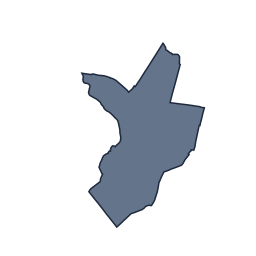 Tinosu, Prahova, Romania (Albers equal-area conic projection), rotated 211°
{"feature_id": "2599482B48682936712287", "entity_name": "Tinosu", "entity_type": "district", "adm_level": 2, "iso_a3": "ROU", "parent_name": "Romania", "parent_adm1": "Prahova", "projection": "albers", "projection_center": [26.021, 44.814], "detail": "fine", "context": "isolated", "style": "filled", "palette": "slate", "viewbox_px": 256, "rotation_deg": 211, "n_neighbors": 0, "source": "geoboundaries", "source_scale": "gbopen_adm2", "svg_char_len": 5562}
<svg xmlns="http://www.w3.org/2000/svg" viewBox="0 0 256 256"><g transform="rotate(211 128 128)"><path d="M195.3,151.4L195.8,151.2L195.4,150.9L194.1,150.2L193.5,149.8L193.1,149.5L192.9,149.1L192.6,148.7L192.4,148.1L191.9,147.0L191.6,146.3L191.4,146.0L191.1,145.7L190.6,145.1L190.1,144.7L189.8,144.5L189.4,144.3L188.6,144.2L188.3,144.3L187.8,144.4L187.4,144.6L186.6,144.9L185.8,145.2L185.3,145.3L184.9,145.3L184.3,145.3L183.8,145.3L183.4,145.1L182.8,144.8L182.3,144.5L182.0,144.1L181.8,143.5L181.5,142.5L181.5,142.1L181.4,141.8L181.2,141.5L181.1,141.1L181.0,140.8L180.8,140.3L180.6,139.5L180.3,138.6L180.2,138.2L179.6,137.6L179.1,137.2L178.6,136.8L178.1,136.5L177.7,136.4L177.3,136.3L176.4,136.3L174.5,136.4L172.6,136.4L171.5,136.5L170.1,136.5L169.2,136.5L168.1,136.3L166.7,136.1L165.9,136.0L165.3,135.8L164.7,135.6L164.3,135.4L163.9,135.1L163.4,134.7L162.7,134.4L162.0,134.1L161.4,134.0L160.7,133.9L160.0,133.6L159.6,133.3L159.1,132.8L158.4,132.4L157.7,132.2L156.1,131.8L155.2,131.7L154.4,131.8L153.9,131.8L153.6,131.8L153.0,131.9L152.4,131.9L151.9,131.8L150.9,131.7L150.0,131.6L148.6,131.2L147.7,131.0L146.9,130.8L146.4,130.7L145.5,130.4L144.5,130.1L143.8,129.9L142.8,129.8L142.0,129.6L141.2,129.3L140.4,128.8L139.3,127.9L138.4,126.9L136.0,124.4L134.6,122.8L134.0,122.2L133.2,120.9L132.6,120.0L131.9,119.0L130.6,117.7L129.6,116.5L128.9,115.3L128.6,114.7L128.3,114.1L128.1,113.6L128.0,113.2L127.9,112.5L127.8,111.9L127.9,111.1L128.2,109.7L128.6,108.6L129.0,107.3L129.2,106.1L129.2,105.4L129.5,105.4L131.0,105.3L131.6,105.0L131.9,104.9L132.0,104.5L132.1,104.3L132.3,104.0L132.3,103.7L132.3,103.2L132.3,102.6L132.4,102.1L132.2,101.7L132.0,101.1L132.0,100.8L131.9,100.6L131.9,100.2L131.6,99.8L131.5,99.6L131.3,99.3L131.2,99.2L131.4,99.1L131.6,99.0L131.9,98.8L132.1,98.5L132.2,98.3L132.2,98.1L132.2,97.8L132.3,97.4L132.3,97.0L132.4,96.8L132.3,96.6L132.2,96.3L132.1,96.0L132.0,95.9L132.2,95.6L132.4,95.5L132.6,95.3L132.8,95.1L133.0,94.9L133.2,94.6L133.3,94.5L133.4,94.3L133.5,94.1L133.6,93.8L133.8,93.4L134.0,93.1L134.1,92.8L134.2,92.5L134.3,92.2L134.4,91.9L134.5,91.8L134.5,91.6L134.7,91.3L134.7,91.1L134.6,90.8L134.5,90.4L134.5,90.0L134.5,89.3L134.4,89.0L134.4,88.6L134.3,88.3L134.2,87.9L134.2,87.4L134.1,87.1L134.1,86.7L134.0,86.3L133.9,86.0L133.9,85.7L133.9,85.4L133.9,85.1L133.9,84.9L133.9,84.6L133.9,84.2L133.8,83.9L133.7,83.5L133.6,83.1L133.4,82.6L133.4,82.3L133.3,82.0L133.2,81.6L132.9,80.7L132.7,79.5L130.7,78.1L129.0,77.0L127.5,75.9L126.9,75.5L126.5,75.4L126.0,75.4L126.0,75.0L125.4,70.5L125.0,69.5L124.4,68.2L124.2,67.8L125.0,65.8L126.8,61.2L127.7,59.1L128.7,56.2L128.8,55.9L128.8,55.4L128.7,53.7L128.7,53.2L127.5,52.8L125.7,52.1L121.5,50.5L115.4,48.3L109.6,46.1L101.2,42.8L89.7,38.5L87.4,37.6L86.6,37.3L86.5,37.7L86.1,38.8L85.9,39.6L85.3,41.6L84.6,44.1L84.2,45.7L83.5,48.1L82.6,51.3L81.8,54.1L81.6,55.0L81.2,56.1L81.0,56.5L79.1,58.6L75.5,63.3L75.1,63.9L74.0,65.1L73.5,66.3L73.0,67.3L72.9,67.8L72.7,69.0L72.3,70.0L71.6,71.1L71.1,71.7L70.6,72.3L70.1,72.7L69.4,72.9L68.6,73.2L68.1,73.4L68.0,73.6L67.9,74.0L67.9,74.4L67.9,74.5L67.9,75.8L67.9,77.1L68.0,79.9L68.6,82.4L69.3,85.2L69.4,85.6L69.8,87.6L71.0,91.2L72.3,94.5L73.4,97.2L73.4,97.8L73.5,99.2L73.7,99.9L73.9,101.7L74.2,104.0L74.6,108.8L72.6,111.2L71.2,113.0L69.6,115.3L66.2,119.5L63.1,123.5L62.6,125.6L62.8,130.2L62.3,133.6L62.0,136.7L63.0,136.9L62.9,137.8L62.7,139.3L62.3,140.4L62.2,141.2L62.6,141.8L60.2,142.9L60.5,144.1L60.9,145.9L61.0,146.4L63.1,151.6L64.7,156.3L66.5,161.6L68.3,166.8L67.6,167.2L67.9,167.8L68.4,169.4L69.5,173.2L70.2,175.4L70.9,177.7L71.2,178.4L71.5,179.5L72.3,182.4L72.6,183.5L73.0,184.7L74.5,184.0L75.7,183.5L76.2,183.3L76.8,183.3L77.1,183.3L77.6,183.2L78.4,182.9L80.0,182.2L81.3,181.6L83.5,180.8L88.7,178.6L94.6,176.0L94.7,175.9L105.0,171.4L105.2,172.1L106.5,176.3L107.7,180.2L108.5,183.2L109.6,187.2L111.1,192.6L112.9,198.8L114.1,202.8L114.7,205.2L115.8,208.7L116.0,209.2L116.0,209.4L116.4,209.4L116.7,209.4L116.8,209.4L116.9,209.5L117.2,209.8L117.4,210.1L117.6,210.5L117.7,210.8L117.8,211.1L118.0,211.4L118.1,211.5L118.3,211.8L118.5,212.2L118.9,212.9L119.0,213.0L119.6,214.0L119.8,214.4L120.0,214.8L120.2,215.2L120.4,215.4L120.7,215.7L120.8,215.8L121.3,216.1L121.7,216.2L122.2,216.4L122.5,216.6L122.8,216.6L123.2,216.6L123.4,216.6L123.7,216.5L123.8,216.4L124.0,216.3L124.5,216.0L125.0,215.7L126.0,215.2L126.4,214.9L127.0,214.5L127.3,214.2L127.5,213.9L127.8,213.9L127.8,214.0L128.1,214.1L128.3,214.3L128.5,214.3L129.0,214.4L129.5,214.4L129.8,214.4L130.0,214.3L130.3,214.2L130.5,214.2L130.8,214.2L131.1,214.2L131.4,214.2L131.5,214.3L131.9,214.3L132.0,214.3L132.3,214.4L132.6,214.5L132.8,214.5L133.0,214.5L133.4,214.5L133.7,214.6L133.9,214.6L134.2,214.7L134.5,214.6L134.8,214.6L135.1,214.5L135.4,214.5L135.5,214.5L135.8,214.6L136.0,214.8L136.1,215.0L136.5,215.5L136.8,215.8L137.0,216.1L137.3,216.3L137.4,216.5L137.6,216.6L137.8,216.7L137.9,216.8L138.2,216.9L138.4,217.0L138.8,217.2L139.0,217.4L139.3,217.6L139.8,217.9L140.2,218.1L140.4,218.2L140.7,218.3L141.4,218.7L141.7,218.7L142.0,203.1L142.3,189.8L142.5,185.5L142.7,175.7L142.9,172.3L143.0,168.3L143.1,167.2L144.3,167.3L144.4,166.3L144.4,164.8L144.4,163.8L144.7,163.0L145.9,159.0L146.9,159.4L147.9,159.9L148.4,160.0L155.2,161.3L157.6,161.7L161.2,162.3L162.9,162.6L165.5,162.5L165.9,162.5L167.2,162.3L167.9,162.1L168.5,161.9L169.1,161.7L169.3,162.0L169.8,161.8L171.1,161.5L172.2,161.3L172.9,161.2L174.0,160.8L175.5,160.4L176.8,159.8L178.1,159.2L179.8,158.3L181.1,157.8L181.9,157.5L183.7,157.0L184.8,156.7L186.2,156.1L186.5,155.9L186.7,155.0L191.4,153.0L195.3,151.4Z" fill="#64748b" stroke="#1e293b" stroke-width="1.5"/></g></svg>